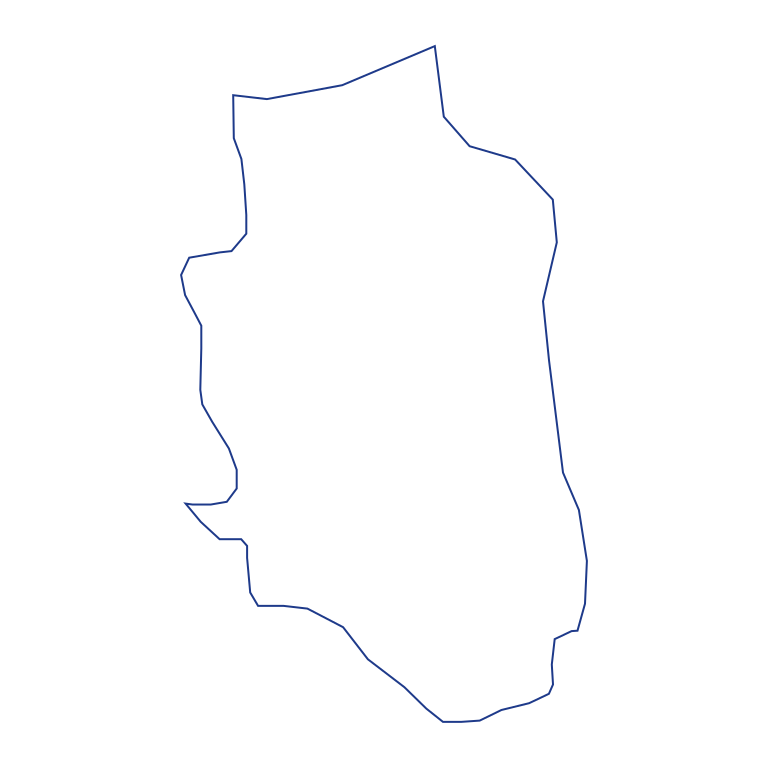 the Statistical Region of Rankovce
{"feature_id": "MKD-4846", "entity_name": "Rankovce", "entity_type": "Statistical Region", "adm_level": 1, "iso_a3": "MKD", "parent_name": "North Macedonia", "parent_adm1": "", "projection": "albers", "projection_center": [22.099, 42.204], "detail": "fine", "context": "isolated", "style": "outline", "palette": "blue", "viewbox_px": 768, "rotation_deg": 0, "n_neighbors": 0, "source": "natural_earth", "source_scale": "10m", "svg_char_len": 878}
<svg xmlns="http://www.w3.org/2000/svg" viewBox="0 0 768 768"><path d="M266.9,99.1L342.2,85.2L434.8,46.1L443.8,116.7L469.6,146.2L515.1,159.5L552.8,199.6L556.8,242.4L543.0,301.3L549.0,360.2L563.0,472.6L578.9,510.0L586.9,560.9L585.0,603.7L577.5,630.7L571.6,631.1L554.7,639.1L551.8,664.5L553.0,684.5L548.9,693.8L529.1,703.2L501.4,710.0L479.7,720.6L460.8,721.9L443.0,721.9L426.3,708.6L404.4,687.2L367.9,659.3L343.1,627.2L307.4,608.6L283.8,605.9L258.1,605.9L250.2,592.5L247.1,557.9L247.1,545.9L241.2,539.2L219.6,539.2L200.7,521.8L185.6,503.6L192.3,504.5L211.0,504.5L226.8,501.8L236.7,488.5L236.7,469.8L228.9,448.5L212.2,421.8L202.3,404.4L200.3,389.8L201.3,348.4L201.3,325.7L195.0,313.7L185.1,295.1L181.1,275.0L189.2,257.7L219.8,252.4L231.5,251.1L246.3,233.7L246.3,215.0L244.3,184.3L241.4,159.0L233.8,138.2L233.2,95.2L266.9,99.1Z" fill="none" stroke="#1e3a8a" stroke-width="2"/></svg>